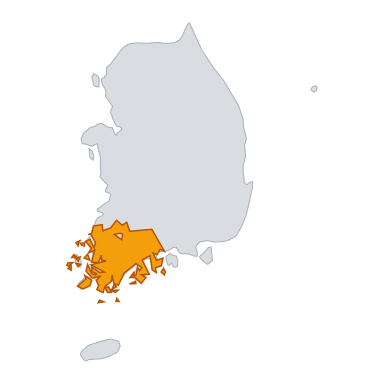 location of South Jeolla within South Korea
{"feature_id": "KOR-2506", "entity_name": "South Jeolla", "entity_type": "Metropolitan City", "adm_level": 1, "iso_a3": "KOR", "parent_name": "South Korea", "parent_adm1": "", "projection": "albers", "projection_center": [126.652, 34.734], "detail": "medium", "context": "in_parent", "style": "filled", "palette": "amber", "viewbox_px": 384, "rotation_deg": 0, "n_neighbors": 0, "source": "natural_earth", "source_scale": "10m", "svg_char_len": 4927}
<svg xmlns="http://www.w3.org/2000/svg" viewBox="0 0 384 384"><path d="M104.8,76.0L106.3,74.9L106.4,73.2L106.4,67.6L110.7,63.8L116.8,55.9L119.8,51.6L123.2,47.5L127.1,44.8L131.0,43.5L137.1,42.9L148.7,43.3L151.0,42.9L159.1,42.4L161.1,43.1L167.0,43.4L173.5,42.8L176.8,41.6L179.8,39.6L182.4,36.0L185.1,29.3L187.9,24.0L189.6,23.0L202.0,50.6L213.9,68.3L224.0,81.1L238.6,105.8L243.1,119.1L243.7,127.4L246.4,138.7L244.6,145.3L245.5,155.6L244.7,160.9L243.1,164.9L243.2,172.4L243.9,176.4L244.1,181.7L245.3,183.8L246.9,184.5L249.5,182.5L252.6,181.6L252.3,188.0L248.9,204.3L245.8,216.2L241.6,226.6L236.0,236.1L229.1,240.0L224.2,241.4L214.8,242.1L207.0,240.6L200.3,241.9L197.6,243.9L195.7,247.3L197.3,252.5L197.1,256.3L194.3,256.1L188.5,253.9L182.2,253.7L179.2,252.7L176.2,247.2L173.2,247.5L167.9,250.8L159.9,251.6L157.0,253.4L156.1,255.7L157.3,258.6L161.4,262.3L160.0,266.1L155.8,268.1L152.3,263.4L150.2,258.8L147.8,258.6L144.1,259.9L143.4,264.9L145.1,268.3L148.0,272.2L144.0,276.8L143.0,280.0L140.2,282.4L132.4,277.3L133.5,273.6L136.8,270.0L137.2,266.4L136.1,264.2L125.1,273.5L118.2,284.0L114.6,283.2L113.1,280.5L110.9,279.5L103.5,286.2L102.2,291.5L99.5,291.7L98.3,289.5L98.2,284.6L96.9,280.6L89.3,274.6L85.8,269.4L87.7,266.5L94.1,268.1L99.1,267.9L98.1,265.4L96.5,264.2L99.9,262.8L102.7,260.0L100.3,259.2L96.8,260.9L93.8,260.1L92.7,253.2L89.1,246.2L87.3,239.4L90.8,235.6L92.6,229.5L95.9,220.7L97.6,217.9L102.1,215.8L103.7,213.5L101.2,212.4L97.3,211.3L97.4,208.8L100.1,207.4L103.1,204.6L109.0,201.2L110.7,194.8L109.1,193.2L105.4,191.7L106.2,188.4L107.7,186.0L107.2,184.5L102.9,180.3L100.0,176.5L100.9,172.2L100.2,165.6L100.6,160.1L100.5,157.1L98.4,150.4L97.4,143.7L94.7,144.7L92.5,146.3L84.6,143.9L82.1,143.8L81.1,138.8L84.0,132.6L90.7,127.2L94.5,126.6L97.4,124.2L102.0,123.4L107.4,127.1L112.2,127.8L115.0,134.2L116.6,135.5L117.0,133.2L120.9,130.5L121.8,128.4L121.0,127.3L116.4,126.1L112.4,118.2L111.8,114.8L110.3,112.6L112.5,106.3L107.8,99.1L105.6,96.8L105.9,90.4L103.5,86.3L102.1,84.0L101.3,80.1L102.0,78.3L104.1,77.7L104.8,76.0ZM88.7,359.6L86.4,361.0L84.2,360.1L83.6,359.5L81.0,355.9L80.3,354.1L82.1,350.6L89.3,344.9L107.9,339.4L111.2,339.1L118.6,341.5L120.2,345.9L118.8,349.7L117.1,352.3L108.6,356.6L102.0,358.7L88.7,359.6ZM212.4,260.5L207.7,264.4L201.1,259.4L199.5,256.6L204.3,252.3L208.4,247.5L211.1,247.1L212.4,260.5ZM177.9,260.7L177.4,266.7L173.8,267.1L171.6,263.2L169.3,265.1L168.1,265.2L166.3,260.3L165.9,256.5L170.1,253.6L172.7,255.3L176.4,256.1L177.9,260.7ZM84.2,288.2L80.9,289.1L79.0,287.0L77.7,286.4L78.5,283.6L83.9,278.1L84.9,276.2L89.9,277.4L91.7,280.3L89.4,284.7L84.2,288.2ZM99.2,78.8L98.9,87.0L96.2,86.7L94.4,85.9L93.6,84.3L91.7,76.6L93.8,73.5L97.8,76.0L99.2,78.8ZM81.1,265.7L80.4,267.3L78.2,266.8L75.9,262.5L75.0,259.1L72.7,257.2L76.4,254.3L81.0,259.6L81.1,265.7ZM93.9,156.2L93.2,160.2L89.9,157.5L89.0,148.7L92.4,151.3L93.9,156.2ZM316.4,90.4L314.3,92.4L311.5,90.6L311.1,88.7L312.4,86.9L315.6,85.8L317.2,87.2L316.4,90.4ZM110.8,289.9L111.7,292.9L107.6,292.3L105.3,289.5L105.6,287.0L108.1,286.7L110.8,289.9ZM164.4,272.7L163.8,274.6L161.2,271.7L163.7,268.5L164.4,272.7Z" fill="#d9dde1" stroke="#a8b0b8" stroke-width="1"/><path d="M164.5,251.4L160.1,249.4L157.2,254.6L153.0,253.0L156.4,260.3L163.0,258.1L161.4,265.9L155.4,267.6L156.3,272.6L152.2,269.9L150.0,255.7L142.1,259.9L149.3,274.3L141.4,274.7L146.0,277.5L141.1,283.5L134.9,277.2L129.9,277.6L134.4,271.6L133.4,275.5L136.1,274.9L137.5,267.3L139.6,270.6L141.8,267.7L136.1,263.5L124.0,273.2L118.3,285.3L113.7,283.2L112.1,274.8L111.3,281.5L104.7,286.7L103.1,292.6L96.8,289.6L98.7,285.6L96.3,280.4L99.9,276.3L92.3,278.1L86.1,271.3L87.6,264.4L91.8,273.8L95.5,275.0L96.5,273.8L92.0,271.7L91.7,267.0L99.7,272.5L104.2,272.1L90.9,264.7L106.3,261.0L101.8,260.2L101.3,255.2L98.6,262.6L91.4,262.1L94.7,250.2L88.5,252.9L91.5,248.0L85.4,241.4L89.9,239.3L94.1,247.8L95.5,242.8L91.0,234.2L88.2,234.5L91.7,233.3L93.4,226.0L102.2,224.7L102.8,230.8L110.7,227.9L116.5,220.3L122.3,225.2L126.7,222.3L129.8,231.3L151.8,229.3L164.5,251.4ZM122.6,234.2L120.0,233.2L114.3,234.5L121.7,239.7L122.6,234.2ZM91.7,280.3L89.9,285.8L82.9,288.9L77.5,286.2L86.0,278.8L84.9,275.5L91.7,280.3ZM111.4,292.1L107.6,292.6L105.3,287.3L108.6,286.9L111.4,292.1ZM129.5,284.0L135.5,281.3L135.9,283.5L129.5,284.0ZM163.5,268.4L165.3,271.7L164.4,274.9L161.2,272.1L163.5,268.4ZM78.1,245.8L76.0,242.6L80.9,240.1L79.0,241.5L78.1,245.8ZM87.6,254.2L89.8,260.1L84.1,258.1L87.6,254.2ZM112.0,289.2L114.4,283.9L116.4,286.9L112.0,289.2ZM72.7,262.6L68.7,266.2L66.8,265.3L67.9,262.8L72.7,262.6ZM73.8,254.6L76.5,257.0L71.7,257.5L73.8,254.6ZM80.7,264.3L78.0,266.6L75.9,263.3L80.7,264.3ZM71.1,265.9L71.1,270.3L68.0,268.4L71.1,265.9ZM78.3,261.3L75.8,258.3L80.1,257.0L78.3,261.3ZM84.4,246.1L81.3,244.8L80.5,243.2L84.5,242.9L84.4,246.1ZM118.1,290.1L115.3,292.4L111.1,290.4L118.1,290.1ZM116.8,298.4L119.1,301.5L116.0,301.4L116.8,298.4ZM99.5,300.2L103.7,301.8L98.2,302.7L99.5,300.2Z" fill="#f59e0b" stroke="#b45309" stroke-width="1.5"/></svg>